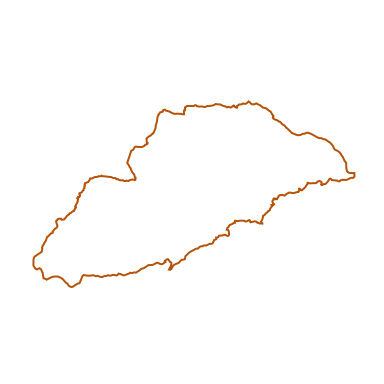 Caineni, Vâlcea, Romania, rotated 176°
{"feature_id": "2599482B74506560405437", "entity_name": "Caineni", "entity_type": "district", "adm_level": 2, "iso_a3": "ROU", "parent_name": "Romania", "parent_adm1": "Vâlcea", "projection": "equal_earth", "projection_center": [24.304, 45.515], "detail": "fine", "context": "isolated", "style": "outline", "palette": "amber", "viewbox_px": 384, "rotation_deg": 176, "n_neighbors": 0, "source": "geoboundaries", "source_scale": "gbopen_adm2", "svg_char_len": 6077}
<svg xmlns="http://www.w3.org/2000/svg" viewBox="0 0 384 384"><g transform="rotate(176 192 192)"><path d="M213.4,276.1L214.9,275.8L215.1,275.2L215.5,275.0L215.6,274.2L218.4,273.6L219.1,272.4L220.0,271.7L219.9,271.3L221.1,269.4L222.2,264.3L223.5,261.0L223.8,258.7L225.8,254.4L226.6,253.6L226.6,253.1L227.4,252.8L229.4,251.2L231.7,250.1L233.7,248.4L233.6,244.4L232.8,244.0L233.1,243.3L234.2,242.5L235.2,242.5L236.4,241.3L239.1,240.3L245.4,241.2L246.6,240.0L247.6,238.3L249.5,237.5L249.9,236.9L254.6,225.5L252.8,222.3L252.5,221.3L251.5,219.9L251.2,218.2L250.3,216.0L248.3,213.1L248.0,210.9L247.8,210.3L247.3,210.2L247.7,208.0L248.2,207.8L249.1,208.4L251.3,208.6L253.7,208.0L254.7,207.4L256.6,207.9L257.7,207.6L259.1,207.8L260.1,208.6L261.5,208.5L263.6,208.9L264.9,210.0L266.5,210.0L266.9,210.8L267.5,211.2L269.7,211.5L271.5,212.5L279.1,213.9L279.9,213.9L281.1,214.6L281.6,214.1L284.1,214.2L285.4,213.7L288.0,213.7L290.5,212.5L292.6,212.6L293.0,211.5L293.6,211.0L294.1,210.0L294.8,209.2L298.0,208.3L298.1,207.7L298.6,207.1L298.3,205.8L299.0,205.2L298.9,204.7L299.1,204.2L299.0,203.4L300.0,202.5L300.1,201.3L301.0,200.8L301.9,199.5L303.0,198.9L304.4,198.6L304.5,197.3L303.8,196.7L304.6,194.9L305.4,194.6L306.0,195.1L306.7,194.3L306.9,193.6L306.1,192.8L306.5,191.9L306.7,190.3L307.3,189.7L307.8,188.4L308.6,187.5L308.8,186.6L309.5,185.9L308.8,185.0L308.8,184.6L310.0,183.8L310.3,182.5L310.8,182.2L310.9,181.4L312.5,181.0L314.5,179.4L315.5,179.3L316.2,178.2L317.9,177.3L321.5,173.5L323.6,173.4L324.2,173.6L324.5,174.4L326.3,174.7L328.1,174.1L328.5,173.1L329.5,172.6L329.6,171.5L328.6,167.8L328.8,167.0L329.7,165.7L331.3,164.9L333.8,162.2L333.6,161.8L333.8,161.0L335.7,160.4L338.6,157.8L339.6,157.4L341.2,153.6L342.3,152.4L342.4,151.9L343.2,151.0L344.0,149.5L344.8,148.8L344.8,148.3L345.5,146.9L345.3,145.8L345.6,144.3L346.3,142.7L353.6,138.5L354.8,136.0L355.3,129.7L353.7,126.6L352.3,125.6L349.4,126.6L348.2,125.5L347.7,124.8L347.2,122.9L346.6,121.7L346.1,116.2L344.6,115.8L343.2,114.7L337.8,116.9L335.2,117.3L331.6,117.0L328.7,115.5L326.9,114.0L324.2,110.4L322.5,109.1L321.5,107.0L320.2,106.1L318.5,105.6L317.1,106.0L312.6,108.6L311.1,108.7L310.4,109.1L307.1,115.8L306.0,116.7L301.2,115.7L296.0,115.8L293.8,114.7L292.0,115.0L289.5,113.7L287.7,113.4L285.3,114.2L282.4,114.4L281.7,114.8L279.5,114.2L277.0,114.8L275.6,114.7L273.0,114.0L271.7,114.6L271.0,115.7L269.0,115.1L266.2,113.6L265.3,113.6L260.4,115.1L259.4,115.8L258.0,115.3L255.1,115.8L253.5,115.5L249.6,117.6L248.1,118.8L245.3,119.4L240.3,122.2L238.6,121.9L236.1,122.1L231.8,124.0L229.9,123.2L229.1,122.5L227.4,122.1L226.1,122.4L224.8,123.1L224.3,124.0L223.4,123.9L223.4,124.2L224.0,124.6L223.9,125.1L221.7,126.6L220.5,126.6L218.7,123.7L217.8,123.1L217.5,122.6L217.6,121.6L218.2,119.7L220.4,116.2L219.3,115.9L218.1,116.5L216.7,118.6L216.3,119.5L215.0,120.5L212.5,121.6L210.4,122.1L207.1,125.1L205.4,125.1L203.8,125.5L203.1,128.3L198.8,132.0L191.8,135.2L190.0,135.2L188.1,136.8L186.6,137.2L185.6,137.1L183.7,137.9L181.5,137.6L177.9,139.1L175.9,138.9L174.8,139.6L174.1,141.1L173.3,141.9L173.2,142.6L171.1,143.2L171.1,144.9L170.1,144.7L168.9,145.2L168.2,146.5L165.0,146.5L162.5,147.1L159.6,145.7L158.8,145.8L158.4,146.1L158.0,147.1L158.0,149.5L158.5,151.6L159.2,152.0L159.9,152.0L159.5,153.1L159.1,153.8L157.8,154.8L157.5,155.5L156.7,156.4L154.0,157.3L152.8,158.2L151.3,158.3L151.4,159.1L151.1,160.3L149.2,159.9L147.4,159.8L146.1,160.1L142.0,159.7L140.6,158.8L139.2,159.0L136.9,160.0L136.2,159.5L136.2,158.3L135.7,157.7L131.3,158.4L129.7,157.8L128.9,156.7L127.7,156.7L126.7,155.8L124.0,155.6L124.0,156.0L124.8,156.6L124.8,157.2L125.1,157.7L124.1,159.1L123.0,161.8L122.8,163.3L121.4,163.9L119.5,165.8L118.3,166.5L117.2,167.7L116.1,168.1L115.5,168.7L115.1,170.2L113.1,172.2L113.2,172.7L113.6,173.1L113.6,173.5L112.7,173.5L111.9,173.2L111.0,173.8L111.1,174.3L111.9,174.7L112.5,177.1L112.3,177.6L111.5,178.4L111.1,179.7L110.8,179.7L110.6,179.0L110.3,178.9L110.0,178.9L109.9,179.6L109.7,179.7L108.2,178.9L107.7,178.9L107.4,179.8L106.3,180.8L105.9,181.9L104.8,182.7L101.9,182.8L100.2,181.9L99.1,182.4L98.4,183.2L95.0,184.7L90.9,183.8L87.3,184.5L86.3,184.9L85.8,184.7L85.0,185.8L84.9,187.8L84.4,187.8L83.6,187.1L83.0,186.1L82.3,186.0L78.4,189.1L77.8,190.3L76.5,191.5L76.1,192.2L76.2,192.9L75.8,193.2L74.6,192.6L72.7,192.3L70.4,192.4L68.6,192.2L67.5,192.3L65.8,193.7L64.0,194.1L62.2,193.0L62.0,191.9L62.7,190.4L62.2,189.9L61.7,189.8L60.0,190.7L58.9,190.5L57.6,191.2L55.0,193.9L54.3,195.1L53.2,195.7L52.6,195.5L51.8,194.3L49.4,193.7L46.6,193.4L45.2,192.4L44.3,192.3L42.2,193.7L36.8,193.3L33.1,194.8L31.7,195.1L30.6,194.8L29.1,195.7L28.8,196.5L28.7,199.6L30.7,199.6L31.5,200.0L32.4,199.7L34.4,200.4L35.6,201.4L36.0,202.1L36.4,205.5L36.2,210.4L37.6,212.3L39.2,216.6L40.3,218.1L41.0,219.8L42.2,221.4L43.9,222.9L46.2,224.1L47.1,225.1L48.4,228.5L51.0,231.9L52.2,232.6L55.2,235.1L57.3,235.5L59.2,236.7L60.6,236.7L62.4,237.3L68.8,241.5L72.0,243.0L73.7,243.1L75.6,242.3L77.7,242.3L79.6,241.4L82.1,241.2L84.4,242.0L88.3,244.0L92.6,248.8L93.8,249.9L95.0,251.8L97.0,253.1L99.2,255.9L100.3,256.1L101.0,257.0L101.7,257.2L102.5,257.9L104.2,258.5L105.5,259.3L106.2,260.6L106.0,261.4L105.6,261.3L105.6,262.6L106.6,263.8L107.6,266.0L108.1,266.8L109.1,267.4L110.3,268.6L111.4,269.3L111.7,269.9L112.5,270.5L115.1,271.1L118.4,274.1L120.1,274.8L121.3,275.8L121.9,275.9L123.6,275.2L125.7,275.2L127.1,276.1L127.9,277.3L129.2,278.4L130.4,277.3L132.4,276.2L135.4,276.7L136.0,276.0L139.0,276.0L140.1,275.1L140.8,274.8L140.9,274.3L141.3,274.4L141.5,274.1L141.2,273.2L141.4,272.9L143.9,274.2L144.1,274.7L143.9,275.1L144.3,275.4L144.8,275.2L147.0,273.7L147.9,273.6L149.5,274.4L151.2,274.0L152.2,274.8L155.0,275.8L158.1,277.5L160.1,277.6L162.1,278.1L165.1,276.9L169.1,276.5L170.7,276.7L173.4,275.8L175.8,276.6L179.3,276.7L180.3,277.2L181.0,277.2L181.9,278.1L182.9,278.4L184.4,277.6L191.0,278.2L192.2,277.3L192.8,277.2L193.1,276.7L193.1,274.9L193.5,273.8L194.2,273.9L194.5,272.9L194.5,270.1L196.3,270.2L197.0,270.7L199.1,270.8L201.0,271.2L203.4,271.1L204.5,271.3L208.0,273.1L208.5,273.7L212.4,275.0L213.4,276.1Z" fill="none" stroke="#b45309" stroke-width="2"/></g></svg>